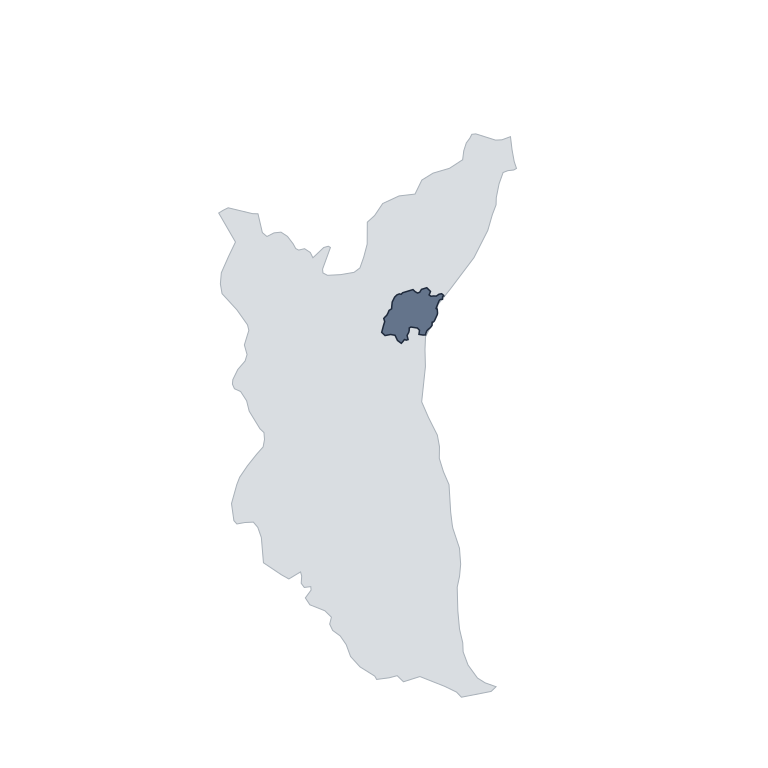 Moldova, with Leova highlighted, rotated 202°
{"feature_id": "MDA-1641", "entity_name": "Leova", "entity_type": "District", "adm_level": 1, "iso_a3": "MDA", "parent_name": "Moldova", "parent_adm1": "", "projection": "orthographic", "projection_center": [28.371, 46.556], "detail": "fine", "context": "in_parent", "style": "filled", "palette": "slate", "viewbox_px": 768, "rotation_deg": 202, "n_neighbors": 0, "source": "natural_earth", "source_scale": "10m", "svg_char_len": 2897}
<svg xmlns="http://www.w3.org/2000/svg" viewBox="0 0 768 768"><g transform="rotate(202 384 384)"><path d="M166.7,145.3L169.5,139.1L194.9,122.6L201.3,125.5L214.4,126.4L241.1,126.2L254.4,115.2L262.5,118.5L269.2,113.5L280.2,107.3L281.8,108.7L283.2,109.7L300.2,112.7L312.9,118.8L321.4,128.2L330.2,134.0L339.3,136.3L344.4,141.0L345.4,148.1L353.9,151.6L370.0,151.5L376.8,156.2L374.4,165.6L376.0,168.7L381.7,165.5L386.1,168.2L388.4,175.2L391.0,178.5L399.2,167.6L407.8,168.7L428.8,173.1L440.2,195.7L447.3,203.8L453.4,207.0L461.2,203.4L468.0,199.1L472.0,201.1L480.6,216.0L482.8,235.6L482.9,243.5L480.0,256.9L475.8,271.1L472.5,280.4L474.0,287.8L477.1,294.0L482.2,296.0L498.8,308.3L505.1,317.0L514.1,323.3L520.9,323.6L524.5,327.1L525.8,331.5L525.0,342.7L521.4,353.3L522.0,360.0L528.1,367.9L528.9,377.1L529.4,383.1L532.7,387.7L548.1,397.6L568.0,407.1L573.2,415.5L576.5,426.2L575.9,444.2L574.9,460.0L601.3,480.6L598.4,484.6L594.5,489.0L569.7,492.7L564.6,494.6L553.5,478.8L547.8,476.9L542.6,482.9L536.4,486.2L528.8,484.7L520.7,479.9L516.6,476.5L513.3,476.2L508.3,479.7L501.6,478.3L497.2,474.4L491.0,488.0L487.2,490.9L484.8,490.5L484.0,467.5L482.2,464.1L477.1,463.6L465.1,469.2L453.6,476.3L449.8,482.6L450.3,493.9L452.0,507.4L460.1,527.8L455.8,536.7L452.8,550.9L440.5,564.0L426.4,571.7L425.3,587.3L417.5,597.9L404.1,608.5L395.1,621.4L397.4,630.1L398.0,638.4L396.5,644.0L396.1,648.4L392.6,650.3L372.0,651.9L366.1,654.6L359.4,660.7L353.0,649.1L346.6,639.0L341.9,633.5L343.9,631.0L349.1,628.2L352.8,624.7L352.3,612.7L349.7,598.8L347.2,592.1L347.0,581.6L345.3,565.3L347.9,534.9L358.1,496.8L363.8,477.9L361.1,467.5L363.2,443.3L358.9,431.3L352.1,415.6L342.4,381.6L330.3,369.7L315.4,356.6L309.1,346.7L304.9,335.8L296.1,325.0L286.0,315.0L274.2,290.2L268.0,279.0L266.1,276.0L252.5,260.0L245.4,245.6L241.9,233.9L240.0,223.0L230.6,201.4L222.2,185.1L214.0,173.5L210.3,165.3L200.8,154.9L187.2,146.4L178.3,144.8L166.7,145.3Z" fill="#d9dde1" stroke="#a8b0b8" stroke-width="1"/><path d="M363.0,473.5L362.5,473.0L360.9,469.8L360.6,468.3L360.9,461.5L361.4,460.1L362.5,459.3L361.4,456.3L362.1,453.7L363.4,451.4L364.2,449.4L364.2,446.9L363.9,445.0L366.2,444.0L370.2,443.1L371.2,447.1L374.0,448.4L380.4,446.9L381.6,445.4L380.7,443.1L380.4,441.2L380.8,437.7L378.3,434.2L379.8,433.0L381.7,432.9L382.4,430.4L383.2,428.2L387.8,429.4L392.0,433.3L396.4,432.4L401.2,429.3L405.5,431.0L406.4,438.2L406.7,442.1L408.8,444.7L408.1,446.7L407.2,448.7L406.9,451.3L406.9,454.1L405.1,456.6L405.8,458.6L407.1,463.1L406.7,468.5L405.4,471.5L403.5,473.3L401.7,473.6L400.9,475.6L392.5,482.4L389.8,481.3L387.0,480.9L385.3,482.4L384.7,485.8L380.4,489.3L375.6,487.3L375.5,485.3L375.6,483.5L373.4,482.9L371.0,484.2L368.4,485.1L366.7,487.8L364.4,489.3L361.9,488.5L361.6,488.1L361.8,488.0L362.4,486.9L361.5,484.4L363.3,483.6L364.0,482.2L364.1,480.6L364.1,475.0L364.0,473.5L363.5,473.3L363.0,473.5Z" fill="#64748b" stroke="#1e293b" stroke-width="1.5"/></g></svg>